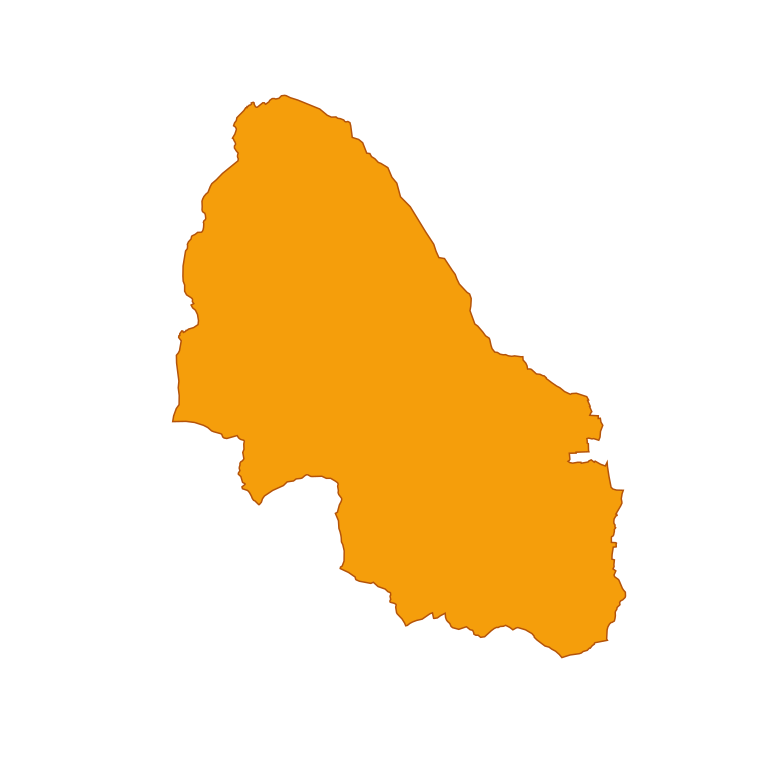 Calinesti, Maramures, Romania (Albers equal-area conic projection), rotated 169°
{"feature_id": "2599482B5531512518944", "entity_name": "Calinesti", "entity_type": "district", "adm_level": 2, "iso_a3": "ROU", "parent_name": "Romania", "parent_adm1": "Maramures", "projection": "albers", "projection_center": [24.007, 47.766], "detail": "fine", "context": "isolated", "style": "filled", "palette": "amber", "viewbox_px": 768, "rotation_deg": 169, "n_neighbors": 0, "source": "geoboundaries", "source_scale": "gbopen_adm2", "svg_char_len": 6152}
<svg xmlns="http://www.w3.org/2000/svg" viewBox="0 0 768 768"><g transform="rotate(169 384 384)"><path d="M598.6,387.4L585.5,385.1L577.3,382.4L569.1,377.9L565.3,374.9L562.2,370.9L560.2,369.6L553.8,366.4L552.9,365.6L552.4,362.8L551.3,361.5L548.7,360.5L538.0,361.4L537.1,359.0L536.1,357.7L535.2,356.9L532.4,355.5L532.0,354.6L533.1,351.8L533.9,346.6L535.7,343.8L535.8,337.3L537.5,335.7L539.5,334.9L540.5,333.7L540.9,331.8L541.9,330.0L542.2,328.7L542.0,326.4L544.0,324.3L544.2,323.2L542.2,320.5L541.6,314.4L539.5,312.7L539.5,312.1L540.0,311.7L543.1,310.1L542.9,308.2L538.2,305.5L536.8,303.2L535.6,299.4L535.1,296.7L534.2,294.7L533.1,294.0L530.0,289.5L529.4,289.4L526.9,291.4L525.2,294.5L522.7,296.9L513.5,300.8L502.1,303.5L497.7,306.4L491.3,306.1L488.3,307.6L483.6,307.2L482.2,307.4L479.2,309.1L477.4,309.7L476.1,309.4L473.6,307.3L472.3,306.9L462.6,305.3L458.6,302.4L454.4,301.6L450.2,297.9L448.4,295.9L448.1,294.5L449.0,292.5L449.1,288.2L449.8,286.0L449.5,284.1L447.5,280.0L447.5,278.9L448.3,277.1L450.9,273.8L454.2,267.0L456.4,266.3L454.8,258.5L455.8,250.8L455.3,247.2L455.2,243.6L455.3,241.4L455.9,237.1L455.1,234.2L454.9,227.8L457.0,217.8L459.8,213.3L461.6,212.6L462.2,211.2L454.8,205.8L450.4,201.3L449.2,200.1L449.1,197.9L448.7,197.1L445.8,195.1L435.0,190.8L432.3,191.4L428.5,186.3L422.0,182.5L419.7,179.3L417.7,178.1L417.5,177.6L417.7,175.5L418.4,174.9L418.6,174.1L418.5,171.3L419.4,170.3L419.7,169.2L419.5,168.6L415.9,166.8L414.5,165.7L414.2,164.8L415.1,162.8L415.3,157.1L414.8,155.7L411.1,149.9L409.4,145.4L408.8,142.5L407.1,142.6L404.2,144.1L401.2,145.0L397.1,145.7L391.4,145.9L382.7,149.7L380.1,150.1L380.0,144.5L379.4,144.3L376.2,144.2L372.8,145.8L367.7,147.3L368.1,143.1L367.7,140.5L366.9,138.8L365.1,136.3L364.4,133.2L363.1,131.7L357.4,128.9L349.4,130.0L346.4,126.4L344.0,125.3L343.4,122.9L343.5,121.3L341.9,119.9L339.5,119.4L337.5,116.9L333.4,116.7L325.7,121.4L322.6,122.9L320.0,123.6L318.5,123.2L316.2,123.8L313.0,123.4L310.6,123.9L306.9,121.0L304.4,118.1L300.8,119.3L299.1,119.4L292.0,115.7L286.4,110.8L284.8,108.0L284.8,106.7L282.8,103.7L276.0,96.1L272.2,94.2L270.0,91.8L266.6,89.0L263.5,85.0L261.6,81.5L253.0,82.5L243.7,82.0L241.6,82.3L239.6,83.4L235.3,83.8L232.7,85.6L232.0,85.3L229.5,87.4L227.1,88.5L227.0,89.3L226.1,89.8L213.6,89.8L214.1,91.2L211.9,100.1L210.6,102.8L208.4,105.4L206.7,106.5L205.6,106.5L203.1,107.4L202.1,109.5L201.1,112.3L200.6,115.7L199.9,117.0L198.6,118.2L197.8,120.2L194.5,122.3L194.4,124.5L193.2,125.9L190.8,126.6L188.1,128.4L187.4,129.7L186.8,133.6L188.0,135.6L189.0,137.9L190.6,145.6L191.1,147.3L194.3,150.7L194.6,151.9L194.6,152.7L192.1,156.3L194.5,158.8L193.0,160.8L192.8,162.8L191.4,167.4L193.7,168.6L192.7,172.9L190.1,180.1L187.2,179.8L187.0,180.2L186.8,182.1L186.2,183.4L186.7,184.0L191.0,185.1L190.2,189.5L189.7,190.7L188.4,191.0L187.4,192.0L185.9,195.6L185.7,197.2L184.0,198.7L184.6,199.7L184.1,201.5L184.9,203.3L184.6,205.4L183.8,207.7L181.6,210.2L180.3,210.5L180.4,211.7L181.2,212.1L175.1,219.0L173.2,221.6L173.0,223.0L173.0,226.1L171.2,230.9L169.4,234.0L176.0,235.5L179.3,237.2L180.8,239.3L180.8,250.5L180.4,260.3L179.9,264.6L182.4,261.3L186.6,263.8L191.5,268.0L192.5,267.1L195.1,270.0L197.5,269.4L198.6,268.5L205.5,268.6L205.6,269.6L209.0,270.2L214.0,270.3L216.6,271.4L218.1,273.0L216.6,273.7L215.9,274.6L215.3,280.7L208.6,279.5L208.5,280.4L195.8,278.4L195.9,279.8L194.8,286.4L195.8,287.3L195.4,289.3L195.3,291.7L193.5,291.9L190.3,290.4L188.6,290.4L183.9,287.8L182.1,290.6L180.5,296.2L177.1,301.7L178.3,305.2L178.2,309.1L180.3,309.3L179.7,311.9L188.0,314.0L186.2,316.5L185.3,317.1L186.5,322.7L185.9,322.9L187.3,329.1L186.2,329.2L187.4,332.9L196.9,338.2L201.6,338.8L203.0,338.3L208.2,342.1L212.0,346.7L215.0,349.1L219.0,353.2L223.5,358.2L223.7,358.5L223.5,359.1L225.2,361.4L226.6,361.9L228.9,363.7L232.5,364.8L236.5,370.2L237.8,370.9L240.2,371.3L240.1,374.5L240.8,377.4L242.9,381.0L242.5,384.3L244.3,384.6L250.5,386.7L253.3,386.8L256.7,388.0L259.0,389.6L261.3,389.9L264.3,391.1L266.6,393.3L269.2,394.2L271.2,398.1L271.6,401.7L271.7,407.0L272.0,408.9L275.1,411.9L277.1,416.2L280.9,422.9L283.4,425.6L285.6,439.6L283.9,444.0L282.5,449.5L282.1,451.4L282.8,456.0L285.0,458.1L291.0,467.7L292.4,473.0L293.2,478.0L295.4,482.7L300.7,495.6L306.0,497.6L307.6,504.4L308.5,511.7L314.0,525.1L324.4,553.0L332.1,564.6L333.1,578.7L336.8,585.4L338.9,595.6L344.9,601.1L347.3,602.6L350.0,606.9L352.9,609.6L353.9,612.9L356.9,613.9L358.9,624.9L362.2,628.9L368.1,632.1L367.4,644.0L367.6,647.1L369.4,648.6L371.3,648.5L372.5,649.3L373.1,650.8L376.2,652.8L378.8,653.7L380.1,655.3L384.7,656.0L388.4,658.6L394.6,666.2L414.5,679.2L421.3,682.9L425.0,685.7L426.5,686.3L429.7,686.5L432.6,684.5L435.9,684.4L437.3,685.2L439.3,685.5L442.1,684.2L443.0,683.0L446.8,681.2L447.3,681.7L447.7,682.8L449.3,683.2L455.5,679.9L456.4,680.0L457.3,680.8L458.1,683.6L457.8,684.6L458.6,685.5L460.7,685.2L460.8,683.9L461.7,683.4L463.1,683.4L464.6,682.4L465.6,682.5L465.7,681.4L467.1,681.5L469.3,679.2L477.6,673.5L478.7,670.8L480.9,668.8L482.4,666.2L480.9,664.7L480.3,662.8L480.4,661.9L482.7,657.8L485.9,654.2L485.1,653.4L484.7,651.4L484.0,649.6L483.9,648.1L484.1,647.4L485.4,646.2L485.8,644.2L484.4,640.7L483.1,638.5L483.9,637.0L484.4,635.6L484.4,634.1L484.0,633.0L484.8,630.9L502.4,621.5L509.7,616.4L514.8,613.5L516.8,611.1L520.3,605.6L522.3,604.6L524.9,602.5L526.6,600.3L527.8,598.2L528.6,592.9L529.4,589.6L529.3,588.2L528.7,587.1L527.4,585.9L527.1,584.2L527.4,580.4L528.2,579.3L529.6,578.6L530.5,577.1L530.3,575.9L531.2,572.3L532.1,570.0L533.2,568.5L534.3,567.8L538.0,568.4L540.9,566.9L544.2,566.0L544.7,565.6L545.8,563.1L548.8,560.9L550.4,558.6L550.4,557.2L551.2,554.4L553.4,552.5L558.7,538.2L560.8,528.3L561.5,523.3L560.8,519.2L562.0,513.1L560.8,509.2L557.1,505.7L556.1,504.5L555.8,503.5L556.4,501.5L555.4,499.2L558.3,498.3L557.3,495.2L555.0,492.4L553.8,487.8L554.0,481.6L555.2,477.8L560.1,475.7L565.4,475.2L566.8,474.4L568.1,474.4L568.7,473.5L571.1,472.9L571.4,474.4L572.4,474.7L574.9,472.3L575.2,470.6L576.0,470.6L576.3,470.1L576.7,468.8L574.8,465.1L578.4,455.7L580.1,453.6L582.3,451.8L583.6,444.2L584.8,425.9L586.7,419.6L587.2,411.9L589.1,402.8L592.6,399.5L596.6,392.8L598.6,387.4Z" fill="#f59e0b" stroke="#b45309" stroke-width="1.5"/></g></svg>